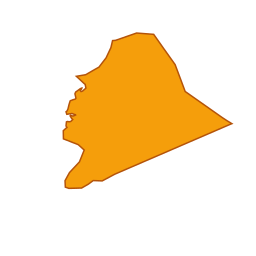 Az Zahir, Al Jawf, Yemen (Equal Earth projection), rotated 43°
{"feature_id": "15242507B58235619836072", "entity_name": "Az Zahir", "entity_type": "district", "adm_level": 2, "iso_a3": "YEM", "parent_name": "Yemen", "parent_adm1": "Al Jawf", "projection": "equal_earth", "projection_center": [44.485, 16.331], "detail": "fine", "context": "isolated", "style": "filled", "palette": "amber", "viewbox_px": 256, "rotation_deg": 43, "n_neighbors": 0, "source": "geoboundaries", "source_scale": "gbopen_adm2", "svg_char_len": 1622}
<svg xmlns="http://www.w3.org/2000/svg" viewBox="0 0 256 256"><g transform="rotate(43 128 128)"><path d="M57.1,74.6L60.7,80.9L63.9,90.9L64.1,91.3L65.2,102.9L65.3,103.1L63.8,107.8L60.7,117.9L55.0,125.4L65.5,125.4L66.9,125.3L67.0,125.3L67.3,125.6L70.0,127.5L70.0,127.8L70.0,128.0L69.7,130.7L69.7,130.8L69.7,131.2L69.6,131.6L69.5,132.3L68.8,133.4L68.4,133.3L67.9,133.2L67.4,133.1L67.4,132.8L67.4,131.1L67.3,130.8L67.1,130.5L67.0,130.3L66.8,130.6L66.5,131.3L66.3,131.7L65.6,135.4L65.2,137.4L65.6,138.5L65.9,139.2L69.6,141.7L69.6,141.8L69.7,142.7L69.7,142.9L69.5,143.2L68.5,144.8L67.9,146.1L67.3,147.2L67.2,147.5L67.4,148.0L68.0,149.3L69.1,151.5L71.1,155.0L71.4,155.9L71.8,157.2L71.6,158.4L72.8,159.1L73.9,159.7L74.7,158.7L77.1,155.6L79.3,154.7L79.6,154.6L80.5,154.1L80.8,154.2L80.5,155.1L79.6,156.8L78.5,157.4L78.0,157.6L77.4,157.9L77.4,158.2L77.4,158.6L78.4,158.9L78.6,159.0L78.8,159.0L80.0,159.4L80.5,159.4L81.4,159.5L81.8,159.5L81.7,162.2L81.1,163.0L80.8,163.5L79.3,164.5L79.2,164.6L78.8,165.5L80.0,167.1L81.0,168.4L81.3,168.8L82.2,169.0L83.0,169.2L83.0,169.4L82.9,169.5L82.5,174.1L84.9,176.6L85.3,177.0L88.2,180.0L91.4,178.7L98.0,176.1L99.4,175.5L103.0,174.1L111.0,174.0L115.6,185.9L115.6,194.0L115.6,200.5L116.1,202.4L116.3,203.3L117.9,209.5L122.5,214.0L125.9,212.5L131.2,207.3L133.5,205.0L135.0,203.6L137.3,196.1L138.4,190.2L140.8,188.1L145.2,184.3L145.7,182.9L149.8,170.9L155.3,158.3L200.2,55.7L201.0,54.0L200.5,54.1L200.0,54.2L198.9,54.4L195.6,55.1L189.8,56.1L152.2,61.3L144.9,62.3L137.1,58.4L119.2,49.5L99.6,45.5L82.9,42.0L69.5,52.7L59.1,72.4L57.1,74.6Z" fill="#f59e0b" stroke="#b45309" stroke-width="1.5"/></g></svg>